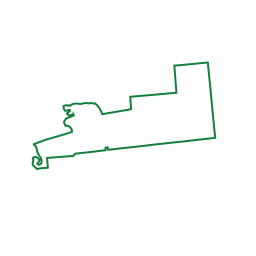 outline of Munteni-Buzau, Ialomita, Romania, rotated 62°
{"feature_id": "2599482B31913750834640", "entity_name": "Munteni-Buzau", "entity_type": "district", "adm_level": 2, "iso_a3": "ROU", "parent_name": "Romania", "parent_adm1": "Ialomita", "projection": "orthographic", "projection_center": [26.968, 44.659], "detail": "fine", "context": "isolated", "style": "outline", "palette": "green", "viewbox_px": 256, "rotation_deg": 62, "n_neighbors": 0, "source": "geoboundaries", "source_scale": "gbopen_adm2", "svg_char_len": 3972}
<svg xmlns="http://www.w3.org/2000/svg" viewBox="0 0 256 256"><g transform="rotate(62 128 128)"><path d="M175.8,60.3L177.6,55.6L155.3,46.5L151.8,45.0L146.0,42.6L145.4,42.4L145.2,42.3L145.0,42.2L144.9,42.2L144.7,42.1L137.6,39.1L107.7,26.8L107.4,27.4L106.7,29.0L103.7,36.3L97.7,50.8L95.1,56.8L94.7,57.8L119.6,68.7L110.6,90.0L101.5,111.3L104.8,112.9L112.4,116.2L112.7,116.4L112.8,116.6L110.3,124.3L107.8,131.9L105.2,139.7L103.8,144.1L98.9,143.9L98.1,143.9L97.3,143.9L96.4,144.0L95.8,144.1L95.2,144.2L94.2,144.5L93.0,144.8L90.8,145.5L90.8,145.9L90.5,146.6L89.7,147.5L89.2,147.9L88.6,148.8L88.4,149.4L88.2,150.2L87.9,151.0L86.6,152.8L86.0,153.8L85.4,155.3L85.2,156.2L85.2,156.8L85.0,157.4L84.8,158.0L84.4,158.6L84.0,159.5L83.5,160.1L83.1,160.7L82.9,161.0L82.6,161.4L82.3,161.8L82.1,162.2L81.8,162.9L81.5,163.7L81.4,164.1L81.3,164.4L81.2,164.9L81.0,165.3L80.9,166.2L80.8,166.5L80.8,166.9L80.9,167.2L80.9,167.6L81.0,168.0L81.2,168.5L80.6,169.1L80.4,169.3L80.5,169.4L80.5,169.6L80.4,170.1L80.2,170.3L80.1,170.5L79.8,170.7L79.5,170.9L79.4,171.1L79.2,171.5L78.9,172.0L78.8,172.3L78.7,172.4L78.7,172.5L78.6,172.8L78.6,173.0L78.6,173.4L78.6,173.5L78.4,174.7L79.0,175.0L79.6,175.2L79.9,175.3L80.2,175.4L80.7,175.5L81.1,175.7L81.7,175.6L82.2,175.6L82.6,175.5L83.0,175.5L83.7,174.8L83.8,174.6L83.9,174.3L84.0,173.8L84.1,173.1L84.1,172.6L84.1,172.2L84.4,171.4L84.8,171.0L85.2,171.0L85.7,171.3L85.8,171.7L85.9,172.0L86.2,173.2L86.5,174.9L87.4,175.1L88.1,174.9L88.8,174.4L89.4,173.5L89.8,172.2L90.2,171.2L90.6,170.2L90.1,169.8L90.6,169.8L91.2,169.8L91.4,169.9L90.9,176.3L90.7,178.5L91.3,179.5L91.9,180.6L92.0,180.9L92.3,181.2L92.5,181.4L92.6,181.5L92.8,181.7L92.9,181.8L93.1,181.9L93.2,182.0L93.3,182.0L93.7,182.0L93.9,182.0L94.3,182.0L94.6,182.0L94.8,182.0L95.0,181.9L95.4,182.0L95.5,182.0L95.8,182.0L96.0,182.0L96.3,182.1L96.8,182.1L97.1,182.0L97.5,180.4L98.4,179.6L99.8,178.9L100.9,178.6L102.1,178.4L103.1,178.4L103.1,178.5L103.3,178.6L103.5,178.7L103.8,179.0L104.0,179.1L104.3,179.1L104.5,179.1L104.9,179.1L105.0,179.2L105.1,179.3L105.1,179.7L105.1,180.0L104.9,180.9L104.7,181.8L104.4,183.2L104.2,184.5L104.1,184.9L104.1,185.0L103.9,186.3L102.1,195.2L99.8,205.7L99.0,211.6L98.1,218.8L98.6,218.8L99.4,218.6L100.2,218.3L100.9,218.1L102.0,218.1L103.1,218.3L103.6,218.4L104.1,218.5L106.6,219.3L107.6,219.4L109.2,219.5L111.0,219.3L112.5,219.1L113.4,219.1L114.7,219.2L115.6,219.4L116.5,219.7L117.1,220.0L117.8,220.5L118.1,220.9L118.4,221.4L118.8,222.4L118.8,222.9L118.7,223.4L118.5,223.9L118.3,224.3L118.0,224.5L117.8,224.7L117.4,224.8L117.1,224.8L116.9,224.7L116.6,224.5L116.4,224.1L116.3,223.7L116.0,222.6L115.6,222.0L115.2,221.6L114.7,221.3L114.2,221.2L113.7,221.3L113.2,221.4L112.8,221.5L112.2,221.7L111.6,222.0L111.1,222.3L110.6,222.8L110.1,223.4L109.9,223.9L109.7,224.6L109.6,225.1L109.6,225.5L109.8,225.9L109.9,226.1L110.2,226.3L110.5,226.6L111.0,226.5L111.3,226.4L111.7,226.5L112.0,226.6L112.3,227.0L112.6,227.3L113.2,227.8L114.1,228.5L114.6,228.9L115.2,229.1L115.9,229.2L116.5,229.2L117.0,229.1L117.5,228.9L118.3,228.7L119.5,228.2L120.2,228.0L121.8,227.4L121.8,227.2L121.8,226.8L121.8,226.6L121.9,226.2L122.0,225.8L122.1,225.5L122.3,225.0L122.7,223.8L122.8,223.6L122.9,223.2L123.1,222.9L123.3,222.3L123.4,222.0L123.7,221.3L123.7,221.2L123.8,221.0L123.9,220.9L124.0,220.9L124.2,220.5L124.5,219.7L125.4,217.4L121.0,215.5L116.4,213.5L118.5,208.8L121.9,201.0L124.2,195.7L127.0,189.5L125.9,186.7L128.4,180.4L130.5,175.2L131.9,171.5L134.0,166.3L134.3,165.3L134.4,165.0L134.6,164.6L134.7,164.3L134.9,163.9L135.1,163.3L135.3,162.8L135.4,162.5L135.5,162.2L135.7,161.8L135.8,161.5L135.9,161.2L136.1,160.8L136.2,160.5L136.5,159.6L136.6,159.4L136.8,158.9L137.0,158.5L136.4,158.0L135.9,157.7L135.3,157.4L134.9,157.1L135.3,156.3L135.1,156.2L135.5,155.1L137.8,156.0L137.9,155.9L140.6,149.0L143.4,141.9L147.7,131.2L152.6,118.7L155.0,112.5L157.5,106.3L160.0,100.0L162.5,93.7L165.0,87.5L167.6,81.1L170.0,74.8L172.6,68.3L175.1,62.0L175.8,60.3Z" fill="none" stroke="#15803d" stroke-width="2"/></g></svg>